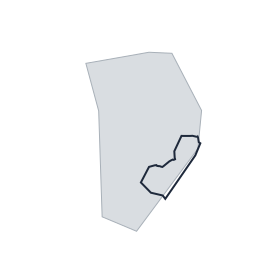 Saint James highlighted on a map of Barbados, rotated 218°
{"feature_id": "BRB-1992", "entity_name": "Saint James", "entity_type": "Parish", "adm_level": 1, "iso_a3": "BRB", "parent_name": "Barbados", "parent_adm1": "", "projection": "mercator", "projection_center": [-59.619, 13.191], "detail": "fine", "context": "in_parent", "style": "outline", "palette": "slate", "viewbox_px": 256, "rotation_deg": 218, "n_neighbors": 0, "source": "natural_earth", "source_scale": "10m", "svg_char_len": 887}
<svg xmlns="http://www.w3.org/2000/svg" viewBox="0 0 256 256"><g transform="rotate(218 128 128)"><path d="M158.1,200.6L139.4,213.9L80.8,187.1L60.2,154.7L57.7,51.9L93.7,42.1L161.6,123.4L201.0,153.0L158.1,200.6Z" fill="#d9dde1" stroke="#a8b0b8" stroke-width="1"/><path d="M61.6,160.5L58.1,147.9L55.0,95.1L59.1,96.2L70.1,91.1L84.3,93.0L87.5,110.3L84.0,115.0L83.0,116.0L82.9,115.9L82.7,115.9L82.6,116.0L82.4,116.2L82.1,116.2L81.9,116.1L81.6,116.1L81.3,116.3L80.9,116.6L80.6,116.7L80.5,116.8L80.4,116.8L79.6,117.4L79.4,117.5L79.1,117.6L78.8,117.7L78.6,117.7L78.2,117.9L77.0,118.4L76.6,119.5L74.9,127.1L74.0,129.3L73.3,130.7L72.6,130.9L72.4,131.0L72.2,131.3L72.0,131.9L71.8,132.3L71.7,132.4L72.0,132.7L72.8,133.2L77.2,138.2L81.0,154.7L74.0,160.1L73.4,160.7L72.3,161.6L69.0,163.1L67.7,163.9L67.7,164.0L66.8,163.5L63.5,160.4L61.6,160.5Z" fill="none" stroke="#1e293b" stroke-width="2"/></g></svg>